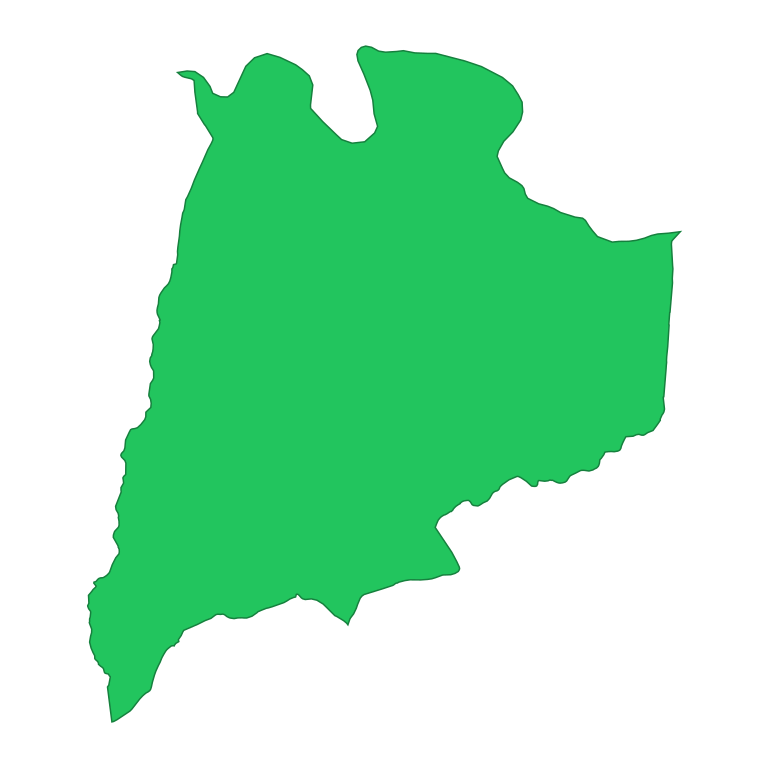 Unguriu, Buzau, Romania
{"feature_id": "2599482B64546801650648", "entity_name": "Unguriu", "entity_type": "district", "adm_level": 2, "iso_a3": "ROU", "parent_name": "Romania", "parent_adm1": "Buzau", "projection": "natural_earth1", "projection_center": [26.623, 45.27], "detail": "fine", "context": "isolated", "style": "filled", "palette": "green", "viewbox_px": 768, "rotation_deg": 0, "n_neighbors": 0, "source": "geoboundaries", "source_scale": "gbopen_adm2", "svg_char_len": 6055}
<svg xmlns="http://www.w3.org/2000/svg" viewBox="0 0 768 768"><path d="M347.9,624.8L349.9,619.0L350.7,617.7L353.6,613.9L356.3,608.3L357.6,604.4L360.2,598.2L362.0,596.0L364.1,594.5L382.2,588.9L392.8,585.4L393.8,584.8L395.6,583.4L396.4,583.1L397.5,583.0L398.7,582.2L404.8,580.6L410.0,579.8L420.8,579.9L427.6,579.4L431.8,578.8L435.7,577.6L442.7,575.0L450.8,574.7L455.0,573.4L458.2,571.5L459.0,570.3L459.6,568.8L459.3,567.1L456.8,561.7L451.8,552.3L435.2,527.5L436.8,523.3L438.2,520.1L440.2,517.7L441.6,516.5L444.0,515.0L444.8,514.9L447.3,513.6L449.8,511.9L450.6,511.5L451.3,511.5L452.8,510.1L453.3,509.1L454.4,507.8L455.8,506.4L457.9,504.9L460.3,503.5L460.2,503.0L462.4,501.5L463.9,500.9L467.1,500.4L468.6,500.4L469.5,501.0L470.4,501.9L472.1,504.6L473.4,505.4L477.3,505.9L478.0,505.9L479.5,505.2L483.4,502.7L487.2,501.0L489.5,498.5L492.4,493.4L493.8,492.1L495.4,491.2L496.9,490.9L498.3,490.0L499.3,488.8L499.6,487.6L500.4,486.4L502.5,484.4L509.0,479.8L516.8,476.5L517.8,476.4L518.9,476.7L521.1,477.8L526.4,481.3L531.5,486.0L533.1,486.3L535.2,486.4L536.6,486.0L537.6,484.3L537.7,482.6L538.1,481.2L538.4,480.8L538.8,480.5L544.7,481.2L548.1,480.8L549.9,480.0L551.1,480.3L552.8,480.3L554.3,481.2L556.9,482.4L558.9,483.0L560.4,483.1L562.7,482.8L565.1,482.1L566.6,481.0L569.5,476.6L570.2,475.8L571.4,475.1L575.8,473.0L580.4,470.6L581.8,470.3L584.0,470.3L589.0,471.0L593.0,469.9L594.4,469.0L596.6,468.0L598.2,466.4L598.8,465.2L599.4,463.3L599.9,459.6L601.1,458.5L603.8,454.7L604.9,452.2L606.0,451.9L608.7,451.6L611.4,451.5L614.2,451.7L617.8,451.1L619.7,450.2L620.8,448.5L621.5,445.8L622.8,442.7L624.5,439.2L625.6,437.2L626.0,436.7L633.1,436.2L636.4,434.7L638.9,434.3L641.4,435.1L643.3,435.2L644.6,434.7L647.7,432.6L653.0,430.5L657.5,424.4L660.3,420.3L660.2,419.1L662.1,414.8L662.9,413.8L663.9,411.9L664.5,409.1L663.2,397.5L663.5,396.7L663.8,396.7L666.0,369.8L666.3,365.3L666.6,362.6L666.5,360.3L666.7,356.6L667.7,346.8L669.1,324.9L668.8,324.6L669.7,312.5L670.0,312.3L672.5,282.9L672.3,278.4L672.9,268.9L672.6,265.5L671.4,244.2L671.7,241.3L672.9,239.7L680.3,231.7L668.4,233.2L657.7,234.0L651.4,235.5L644.4,238.2L636.4,240.3L628.8,241.3L619.2,241.4L612.3,242.1L597.5,236.6L592.6,230.9L588.9,226.0L585.4,220.4L582.6,218.2L575.0,217.1L560.5,212.5L553.7,208.6L547.7,206.2L538.7,203.8L527.7,198.3L525.3,194.1L523.9,188.5L521.9,185.6L517.5,182.3L509.2,177.8L504.6,172.8L502.5,168.5L497.1,156.4L498.4,150.8L503.8,141.3L512.9,131.9L520.7,120.0L522.6,112.0L522.1,102.1L518.2,94.7L512.6,85.9L502.5,77.5L481.5,66.6L464.9,61.0L435.7,53.4L427.3,53.4L414.8,52.9L403.4,50.7L396.5,51.5L385.5,52.2L378.6,51.1L371.6,47.3L365.7,46.1L361.3,47.4L358.1,50.5L356.9,54.5L358.0,60.9L363.9,74.1L370.2,90.3L372.8,100.2L374.1,113.8L377.6,126.4L374.6,133.0L364.7,141.8L352.1,143.2L341.6,139.6L336.6,135.0L322.7,121.6L310.6,108.4L310.5,104.9L312.8,85.0L309.3,75.9L302.5,69.8L295.8,64.9L280.0,57.4L267.1,53.6L254.5,57.8L245.8,66.3L233.8,92.3L227.6,97.0L220.5,96.8L212.7,93.3L210.0,86.4L203.5,77.4L194.9,71.6L187.1,71.0L177.6,72.5L180.6,75.1L182.4,76.4L184.7,77.2L191.5,78.8L194.1,80.5L194.9,92.1L197.6,112.0L197.6,113.5L204.6,124.8L205.3,125.4L212.6,137.3L213.0,138.3L212.9,139.5L212.6,140.6L211.3,143.4L207.9,149.6L202.4,162.2L199.4,168.7L194.5,179.8L191.3,188.3L187.6,196.5L185.8,199.7L184.3,209.3L183.8,210.8L182.7,213.1L181.9,218.0L180.6,224.9L179.8,231.0L179.4,236.3L177.9,247.1L177.5,251.4L177.7,254.9L176.5,263.5L176.0,264.0L173.5,264.6L172.9,267.5L171.9,268.9L171.9,272.0L170.9,277.3L169.8,281.1L168.4,283.8L166.6,285.8L164.4,287.9L161.0,292.8L159.7,295.1L158.9,297.5L158.4,304.0L157.5,307.3L157.0,310.3L157.1,312.4L157.5,314.3L160.2,320.0L159.4,320.4L159.9,322.6L159.3,325.7L158.5,328.7L153.2,335.7L152.4,337.1L152.0,338.9L153.3,344.6L153.1,348.9L152.7,351.7L151.8,354.4L151.8,355.5L150.3,357.9L149.7,361.4L150.4,364.8L151.5,367.5L152.7,369.3L153.6,370.9L153.7,378.0L152.7,380.2L150.4,383.6L148.9,394.1L148.9,395.9L150.6,399.4L151.2,403.4L150.8,407.5L146.2,411.8L145.9,412.3L145.8,416.8L144.7,419.7L140.8,424.6L137.4,427.7L135.1,428.5L131.9,429.0L130.6,429.7L129.3,432.1L125.6,440.0L124.9,447.8L123.9,450.8L121.5,453.4L121.0,454.6L120.9,455.6L121.6,457.1L124.9,460.5L125.9,463.2L125.7,474.5L123.7,476.4L122.9,477.9L123.3,480.2L123.6,483.1L121.0,487.6L121.0,490.2L121.2,492.0L115.6,506.3L116.1,509.7L118.1,513.2L118.6,515.3L118.6,516.5L118.3,517.5L119.0,521.1L119.1,525.2L118.4,527.3L115.1,530.8L114.4,531.9L113.4,535.1L113.3,537.4L118.1,545.9L118.2,547.2L119.2,549.3L119.3,551.9L119.0,553.8L115.8,557.7L112.3,564.6L109.7,571.9L108.9,573.2L106.7,575.4L104.2,577.1L102.9,577.7L100.5,577.9L99.0,578.4L97.6,579.5L96.4,581.1L95.5,581.7L94.0,582.1L93.8,583.1L96.1,586.1L95.6,587.2L93.1,589.5L91.8,591.4L88.5,595.3L88.9,603.2L87.7,605.7L87.8,606.5L88.7,608.8L90.5,611.2L90.7,612.4L90.2,617.1L89.6,618.9L89.6,621.7L89.3,622.7L91.7,629.2L91.6,632.6L90.6,636.2L89.6,642.1L91.1,648.0L93.1,652.7L94.7,655.7L94.8,658.5L95.3,659.4L97.3,661.2L98.0,662.1L98.4,663.0L98.5,664.3L100.5,666.1L102.2,667.3L103.4,668.5L104.4,672.2L104.8,672.9L105.4,673.3L108.5,674.1L109.4,675.9L110.2,676.5L110.3,677.0L108.8,685.1L107.5,687.0L111.9,721.9L113.6,721.5L117.0,719.7L129.9,711.1L131.8,709.2L139.8,698.9L142.5,696.0L144.4,694.3L146.3,692.8L147.9,692.0L149.8,690.6L150.7,689.1L151.4,686.8L152.4,682.2L154.5,674.9L155.9,671.0L158.3,665.7L160.1,662.2L161.9,657.7L163.7,654.4L165.7,651.1L166.8,649.7L168.2,648.4L171.4,645.9L173.2,645.7L174.2,645.9L174.6,644.9L175.9,643.3L178.8,641.6L178.4,639.6L181.2,635.5L182.8,631.9L183.8,630.3L197.9,624.2L205.3,620.5L210.9,618.4L215.8,614.7L217.6,614.2L220.6,614.4L222.8,614.1L224.4,614.6L227.0,616.6L229.0,617.6L230.1,618.0L234.1,618.6L237.8,617.9L242.0,617.8L244.3,618.0L246.7,618.0L252.0,616.2L257.1,612.6L257.8,611.8L261.5,610.2L266.3,608.3L268.3,607.9L272.3,606.7L283.9,602.6L286.8,601.0L289.9,599.0L293.5,597.5L295.6,597.0L296.3,594.4L296.9,594.2L297.8,594.3L299.0,595.2L301.4,597.9L302.7,598.8L305.2,599.5L311.4,598.9L316.9,600.2L323.1,604.0L326.3,607.1L334.8,615.6L337.0,616.6L343.7,620.7L346.7,623.2L347.9,624.8Z" fill="#22c55e" stroke="#15803d" stroke-width="1.5"/></svg>